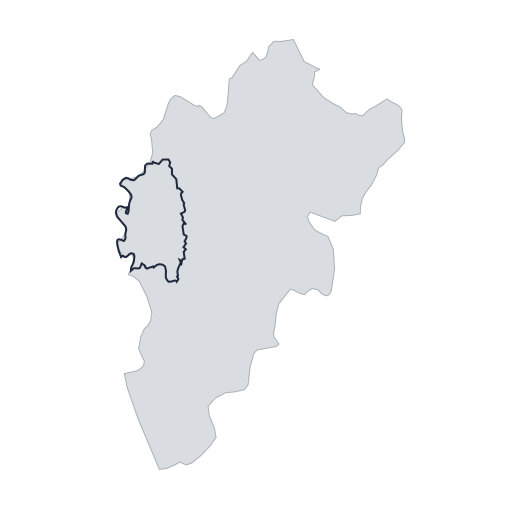 Belgium, with Antwerp highlighted, rotated 273°
{"feature_id": "BEL-3480", "entity_name": "Antwerp", "entity_type": "Province", "adm_level": 1, "iso_a3": "BEL", "parent_name": "Belgium", "parent_adm1": "", "projection": "robinson", "projection_center": [4.639, 51.244], "detail": "fine", "context": "in_parent", "style": "outline", "palette": "slate", "viewbox_px": 512, "rotation_deg": 273, "n_neighbors": 0, "source": "natural_earth", "source_scale": "10m", "svg_char_len": 4007}
<svg xmlns="http://www.w3.org/2000/svg" viewBox="0 0 512 512"><g transform="rotate(273 256 256)"><path d="M230.8,129.4L239.6,133.0L247.4,133.8L250.9,132.2L248.7,123.6L255.1,119.0L262.1,116.8L265.3,120.6L271.8,124.4L276.9,124.4L290.6,114.5L293.8,116.5L296.8,120.0L297.4,122.8L298.0,125.8L301.1,127.0L311.9,126.4L317.4,121.0L321.7,117.6L325.0,119.9L326.6,126.5L329.6,135.1L342.5,144.8L353.5,147.5L366.9,145.6L372.2,143.9L375.9,145.3L379.5,150.4L387.3,156.2L403.5,160.4L408.5,162.7L412.1,166.6L411.1,172.2L403.4,186.1L402.4,190.2L403.5,191.6L402.0,194.2L391.9,203.5L391.0,206.8L394.4,212.2L397.2,216.6L403.3,218.8L409.0,219.5L419.9,219.8L431.4,220.1L432.8,222.7L445.7,230.2L449.8,236.2L459.1,242.0L451.5,249.3L452.7,252.6L455.5,255.9L466.0,257.9L471.3,262.7L471.6,270.0L474.1,282.0L452.7,293.9L446.6,307.2L446.1,309.8L445.4,309.4L442.9,305.0L439.0,305.1L430.1,303.2L417.7,315.3L412.1,325.3L408.8,332.7L403.8,338.8L402.8,345.2L403.5,347.9L401.8,351.3L401.7,355.0L408.9,362.2L410.8,366.0L419.6,378.7L416.9,383.4L414.8,388.4L412.3,392.0L409.3,394.2L400.2,394.1L388.7,395.7L381.0,398.2L377.0,398.2L368.6,391.9L359.3,382.4L353.4,377.8L350.7,373.9L343.4,372.3L333.0,367.6L325.7,362.5L319.5,359.3L310.8,357.7L303.6,357.9L301.5,349.3L300.6,339.5L294.7,333.0L302.7,307.7L297.9,305.2L292.7,307.3L285.2,313.2L281.6,320.4L279.4,326.7L266.7,332.9L246.5,335.1L224.5,332.9L221.5,331.2L220.1,329.3L220.1,327.1L221.6,323.7L225.5,319.6L226.4,313.7L222.5,308.6L219.9,306.6L221.0,301.6L223.9,295.5L224.5,291.9L209.6,281.3L198.9,279.2L188.4,278.8L180.5,277.6L175.9,278.1L172.5,281.2L169.2,283.5L166.7,280.8L162.2,261.9L158.6,259.0L145.2,255.9L126.9,254.8L122.0,251.3L119.4,242.8L117.8,232.6L111.9,222.8L108.8,220.3L103.4,216.0L93.8,217.8L82.3,223.4L75.5,225.0L72.9,225.6L63.9,220.1L53.7,211.4L45.6,202.2L43.7,197.1L46.3,190.9L43.3,186.2L39.0,177.5L37.9,170.7L87.4,146.7L117.5,134.4L131.7,130.7L135.0,143.0L137.5,146.9L140.9,149.5L145.3,150.0L150.5,146.9L157.6,143.7L169.1,145.2L177.5,148.2L180.4,151.3L185.9,154.2L194.0,154.9L209.6,149.3L224.7,140.7L229.1,134.8L230.8,129.4Z" fill="#d9dde1" stroke="#a8b0b8" stroke-width="1"/><path d="M291.6,113.8L293.2,113.9L295.3,114.5L297.2,115.5L298.3,116.7L298.6,118.9L297.9,120.9L297.4,123.1L298.2,125.5L293.3,123.7L292.0,123.9L291.4,125.6L293.8,126.4L301.7,126.6L303.7,127.1L308.1,128.7L310.6,128.1L313.4,125.9L316.0,123.1L317.8,120.8L318.5,119.1L318.9,117.8L319.6,116.9L321.3,116.5L321.7,116.9L325.0,118.7L327.3,122.0L326.9,124.4L325.6,126.7L325.2,129.7L326.0,131.1L329.9,134.5L330.5,135.8L331.6,138.9L332.2,139.8L334.1,140.7L338.5,140.4L340.6,140.6L342.6,142.6L342.7,147.6L344.7,148.0L345.4,147.9L344.0,148.8L342.8,154.2L347.4,157.7L347.8,163.4L345.0,165.4L341.3,164.6L338.8,167.5L333.1,167.8L328.5,172.4L319.5,173.8L319.5,175.8L316.2,179.4L314.6,177.9L312.5,178.0L308.1,179.4L305.1,181.5L303.7,181.0L297.8,182.9L296.3,182.2L294.4,178.8L290.7,181.0L288.2,180.6L283.8,184.6L285.1,182.3L282.0,181.0L273.7,182.7L272.3,185.6L270.5,185.6L266.9,183.9L264.9,185.5L261.0,183.1L259.0,185.6L256.4,183.6L249.5,184.9L249.0,182.8L246.9,182.3L248.0,180.1L244.4,182.0L243.7,181.7L244.5,180.7L238.9,178.7L236.1,178.3L232.2,179.1L231.3,178.2L229.1,179.7L227.8,179.2L226.4,178.3L226.7,178.2L227.3,176.8L226.9,175.1L226.3,173.5L225.9,172.2L225.8,170.9L225.7,170.3L226.0,169.7L227.5,168.3L229.5,167.2L231.7,166.9L236.3,166.9L240.8,165.7L242.3,163.5L242.8,160.3L242.5,159.3L241.9,157.5L239.2,154.4L240.2,153.9L237.8,147.8L238.5,146.3L238.9,146.1L238.7,146.4L240.0,145.9L240.9,145.1L242.6,142.3L238.8,141.0L237.9,140.5L237.4,139.2L237.5,136.1L237.2,134.6L236.3,133.5L234.7,131.9L237.0,131.9L238.0,132.0L242.1,133.7L244.3,134.3L249.5,134.6L251.7,133.7L252.2,131.2L251.6,129.8L249.0,127.4L248.1,126.1L248.2,124.7L249.0,123.6L249.2,122.6L247.8,121.4L253.8,118.7L259.8,116.9L263.2,116.5L264.6,116.7L265.5,117.9L265.3,120.2L264.4,122.0L264.2,123.4L266.3,124.6L267.8,124.7L271.1,124.3L274.7,125.0L276.4,124.9L278.0,124.4L279.1,123.8L287.9,115.3L291.6,113.8Z" fill="none" stroke="#1e293b" stroke-width="2"/></g></svg>